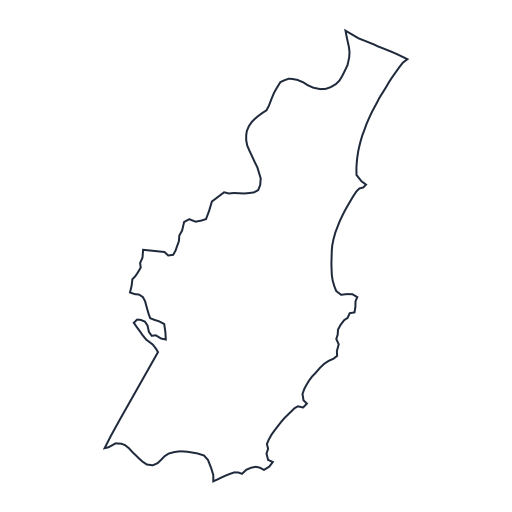 Laguna, Brazil
{"feature_id": "56859067B95150069695364", "entity_name": "Laguna", "entity_type": "district", "adm_level": 2, "iso_a3": "BRA", "parent_name": "Brazil", "parent_adm1": "", "projection": "natural_earth1", "projection_center": [-48.822, -28.47], "detail": "fine", "context": "isolated", "style": "outline", "palette": "slate", "viewbox_px": 512, "rotation_deg": 0, "n_neighbors": 0, "source": "geoboundaries", "source_scale": "gbopen_adm2", "svg_char_len": 2991}
<svg xmlns="http://www.w3.org/2000/svg" viewBox="0 0 512 512"><path d="M133.8,322.8L136.7,327.0L139.9,331.3L142.5,335.1L146.3,339.7L152.7,344.5L155.9,348.6L158.0,352.1L129.8,402.0L119.6,420.0L110.7,436.2L104.6,448.2L108.5,447.3L115.5,443.4L121.2,443.7L125.0,445.1L129.0,448.3L132.6,452.3L135.6,455.1L138.8,458.3L142.6,461.7L146.8,464.5L152.7,465.3L157.6,463.2L161.1,459.8L164.6,456.2L168.6,453.6L174.1,452.1L178.9,451.4L182.6,451.4L186.9,451.7L192.0,452.5L197.3,453.4L204.0,455.5L208.0,460.0L211.2,468.2L213.3,475.1L213.3,481.3L217.8,479.3L221.6,477.4L226.3,475.3L230.7,473.6L234.3,472.4L238.4,472.5L242.0,473.8L246.4,469.7L251.2,467.7L255.8,466.8L259.9,467.7L264.0,469.9L269.3,466.6L272.8,462.0L268.1,459.9L266.5,453.6L268.1,448.7L266.9,444.0L268.9,439.4L271.6,434.5L274.2,430.9L277.2,427.0L281.3,421.7L284.8,417.7L288.4,414.2L291.3,411.4L294.4,408.3L297.9,406.3L303.1,407.5L306.9,403.6L303.5,400.3L302.5,394.0L304.3,388.9L306.5,384.8L309.1,380.5L312.0,376.6L315.5,373.0L319.9,367.9L324.2,363.8L328.6,360.9L333.5,358.7L337.1,355.9L336.9,351.0L338.7,344.3L336.3,339.0L337.7,334.6L338.0,329.6L340.5,325.0L344.1,320.2L347.6,317.9L349.7,313.2L354.5,312.4L355.4,306.9L355.5,301.3L357.3,297.1L352.3,294.2L346.7,294.1L341.1,294.8L336.2,291.0L334.3,286.2L332.6,280.3L331.8,274.8L331.6,270.0L331.4,263.7L331.6,256.5L331.8,250.2L332.2,245.7L333.4,239.6L335.4,232.3L337.5,226.9L339.8,221.0L342.9,214.5L344.9,210.6L347.3,206.3L350.1,201.5L353.1,196.4L356.5,191.3L359.5,188.4L363.3,187.5L366.0,184.6L361.5,181.3L356.5,175.0L356.4,168.0L356.8,161.9L357.4,156.6L358.3,150.8L359.3,146.3L360.6,141.2L362.3,135.4L364.7,129.1L366.5,124.0L368.9,118.5L372.0,111.8L374.1,107.9L376.8,102.9L379.2,98.2L382.1,93.5L385.8,87.6L389.0,82.1L391.8,77.8L394.9,73.4L399.3,67.2L402.9,62.6L407.4,59.2L397.3,54.3L392.3,52.1L382.4,48.1L377.9,46.4L373.8,44.4L358.7,38.4L345.5,30.7L346.3,35.0L347.5,40.6L348.9,46.9L349.5,52.0L349.2,57.3L347.5,65.2L344.6,71.2L341.9,76.6L339.4,80.6L336.0,84.0L330.8,87.1L325.7,88.9L320.2,89.1L313.3,87.7L307.7,85.2L303.2,82.3L297.4,79.9L292.6,79.0L288.8,78.7L284.6,80.2L280.4,82.1L277.1,87.4L274.1,92.7L272.1,97.4L268.9,105.7L266.5,110.3L262.3,113.0L258.1,116.1L254.9,118.8L251.8,121.9L248.8,126.3L246.8,131.1L246.2,135.4L246.2,140.2L247.2,145.5L249.2,150.2L252.2,156.6L255.1,162.9L257.3,167.2L260.7,178.4L260.2,185.0L258.2,190.1L254.0,192.4L249.4,193.0L244.3,193.5L233.8,193.0L228.9,193.5L224.1,192.3L211.9,201.5L209.1,210.9L206.0,219.1L201.2,220.6L195.6,221.7L189.3,219.2L184.1,222.0L182.1,230.6L179.3,235.5L178.9,241.2L177.1,246.1L175.5,250.7L173.2,254.8L168.2,255.5L164.5,252.0L143.1,249.8L142.5,257.7L140.1,263.0L140.7,267.6L137.9,272.4L135.3,276.2L132.4,279.2L131.6,285.9L130.0,292.5L134.7,294.1L139.1,294.6L142.9,297.1L145.1,301.3L147.0,308.3L148.7,314.2L150.2,318.2L154.5,319.9L159.0,321.3L164.2,324.0L165.4,332.2L165.8,339.5L161.0,338.5L155.8,335.3L151.7,335.8L148.9,331.9L147.5,325.5L144.9,321.6L140.7,319.9L137.1,319.6L133.8,322.8Z" fill="none" stroke="#1e293b" stroke-width="2"/></svg>